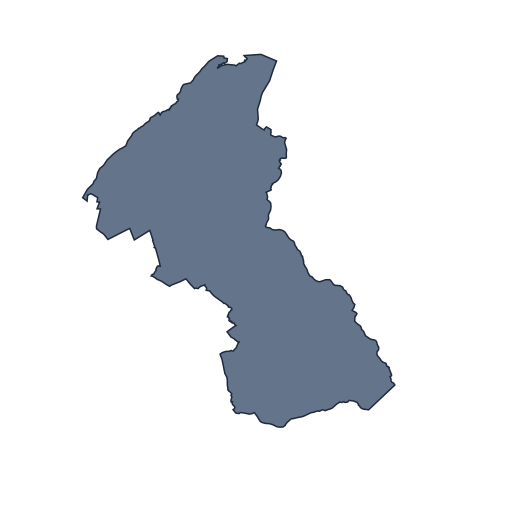 outline of Petricani, Neamt, Romania, rotated 328°
{"feature_id": "2599482B98903803240135", "entity_name": "Petricani", "entity_type": "district", "adm_level": 2, "iso_a3": "ROU", "parent_name": "Romania", "parent_adm1": "Neamt", "projection": "natural_earth1", "projection_center": [26.456, 47.138], "detail": "fine", "context": "isolated", "style": "filled", "palette": "slate", "viewbox_px": 512, "rotation_deg": 328, "n_neighbors": 0, "source": "geoboundaries", "source_scale": "gbopen_adm2", "svg_char_len": 6069}
<svg xmlns="http://www.w3.org/2000/svg" viewBox="0 0 512 512"><g transform="rotate(328 256 256)"><path d="M376.8,101.5L367.0,87.6L352.1,79.7L352.3,81.3L353.2,83.9L351.3,84.7L350.3,83.9L350.0,84.0L350.1,85.1L349.3,85.5L348.2,85.0L345.1,84.8L344.1,83.7L339.8,84.1L339.1,82.8L333.1,78.2L327.8,76.3L323.2,76.5L323.1,76.0L325.3,75.3L325.6,74.4L326.0,74.2L326.3,74.6L328.0,75.0L331.1,75.1L331.2,75.8L331.4,76.0L334.5,75.8L336.4,73.4L333.8,71.3L334.3,70.3L334.5,69.4L329.6,65.9L319.6,65.9L312.3,68.0L309.4,68.5L305.9,70.0L299.8,71.4L297.6,72.4L296.0,73.5L292.3,74.5L285.9,72.3L284.9,72.3L282.2,73.7L280.1,75.3L279.6,76.1L277.0,77.5L275.1,77.5L274.1,78.0L273.3,79.0L272.4,81.2L273.3,81.9L271.8,83.2L270.3,83.3L269.8,83.7L267.9,84.1L266.1,83.8L265.2,84.1L264.0,83.8L263.0,84.7L262.4,84.4L261.5,85.3L260.8,85.6L260.6,85.3L260.2,86.0L259.6,86.3L259.1,85.3L258.6,85.1L255.4,85.1L254.5,84.5L253.1,84.2L252.1,84.5L251.8,84.3L249.4,85.7L249.2,84.9L249.6,83.5L249.4,82.5L248.6,82.3L247.1,82.8L246.0,82.7L244.6,83.1L240.2,82.9L239.1,83.1L238.3,84.1L236.7,84.9L232.1,85.0L228.8,85.9L227.0,85.5L225.5,85.9L224.1,85.5L222.2,86.0L218.9,86.1L216.4,86.6L214.1,88.1L208.2,90.4L204.0,93.6L198.7,93.5L197.5,93.2L193.6,93.4L189.5,93.8L180.8,95.6L174.6,98.4L169.9,99.0L165.9,101.4L161.7,105.7L158.1,106.8L156.1,108.4L148.4,110.1L139.9,114.7L141.9,119.9L145.6,115.0L146.1,115.5L147.2,115.3L148.9,115.6L149.8,117.0L152.7,122.6L149.8,125.8L151.9,127.4L146.2,131.7L149.0,133.8L136.5,146.1L135.2,148.5L137.0,153.5L138.0,155.5L138.6,157.7L139.2,163.5L163.2,165.6L163.5,165.7L161.3,177.9L179.5,178.0L177.0,188.1L176.6,188.1L174.8,195.2L174.3,195.1L174.9,196.3L171.3,208.4L169.4,213.9L167.8,212.5L166.8,212.5L164.9,213.6L163.9,214.5L163.7,215.3L161.1,216.2L160.0,217.1L158.2,216.7L156.5,217.3L157.7,218.7L158.9,221.0L159.8,223.4L162.5,227.3L165.1,233.1L166.6,235.9L169.2,235.9L178.4,237.6L184.5,238.2L185.3,244.9L186.6,251.1L187.9,251.3L189.6,253.0L191.5,252.5L193.4,252.5L197.3,253.4L196.8,254.3L197.2,256.7L196.7,257.6L195.6,258.7L198.4,261.3L198.3,262.5L198.9,266.4L199.6,268.7L203.0,276.8L203.7,279.3L204.6,279.6L205.6,282.6L206.1,283.2L205.5,284.2L206.0,285.4L206.9,285.6L207.2,286.1L207.6,287.9L207.0,288.1L206.8,288.8L205.9,288.7L204.2,289.6L203.3,289.5L201.8,290.8L201.4,290.8L200.6,291.8L200.1,291.8L199.5,292.5L200.2,293.0L200.2,293.6L200.0,293.9L200.5,294.9L199.0,296.0L198.9,297.1L199.3,297.6L200.1,297.5L200.3,298.2L199.8,299.1L200.2,299.5L200.6,299.4L200.4,300.2L201.8,301.4L201.6,301.5L201.7,302.6L202.2,304.5L200.8,304.2L191.3,304.9L191.8,311.4L193.4,314.1L194.0,316.5L194.5,317.4L195.0,319.2L196.0,319.6L196.2,319.9L194.1,320.8L190.4,323.4L187.6,324.0L186.6,324.5L185.4,324.0L184.9,323.0L182.6,322.5L179.8,320.9L176.0,320.0L173.5,320.2L172.5,325.4L167.3,339.3L167.1,343.1L165.8,346.3L163.8,349.4L162.5,352.0L162.3,353.3L161.3,354.1L161.3,356.1L161.8,357.0L162.4,360.0L160.8,361.1L160.9,362.6L160.4,363.3L159.3,364.0L157.5,366.3L157.9,366.9L158.7,367.3L157.8,368.0L157.4,369.4L157.9,371.8L157.9,373.2L156.6,374.1L155.1,374.1L155.6,378.4L157.8,380.4L158.3,380.7L159.7,380.4L163.1,383.2L166.6,386.6L169.4,387.7L171.2,387.8L171.6,388.1L172.0,392.4L171.9,398.5L172.9,400.4L175.2,402.9L178.6,405.4L180.5,407.5L183.3,411.9L185.4,413.7L188.3,415.3L189.0,415.3L191.2,415.1L191.4,414.7L194.0,413.7L199.7,412.7L201.2,413.6L206.2,415.2L208.9,416.4L211.5,417.1L219.3,418.0L222.9,419.3L225.6,419.8L227.6,421.3L230.9,421.6L232.7,423.8L237.0,424.7L238.3,425.2L240.5,425.3L246.2,424.3L248.5,424.4L249.6,424.1L251.0,425.6L253.1,426.0L253.8,427.3L256.3,428.4L258.5,427.8L262.1,430.9L263.6,433.1L264.2,433.6L264.1,436.6L263.8,437.0L264.4,438.2L264.2,439.6L265.0,441.6L266.8,443.6L267.8,444.2L269.9,446.1L305.4,439.0L305.4,437.1L305.1,436.2L304.4,435.3L304.4,433.1L305.3,431.9L305.8,429.3L307.2,429.4L307.7,429.1L308.2,428.0L308.1,427.5L308.6,425.9L308.6,424.8L309.0,423.8L309.3,421.3L309.8,421.3L309.8,420.9L309.4,419.6L308.9,419.5L308.5,418.6L309.0,417.5L308.9,417.4L309.3,416.4L309.2,415.5L308.1,414.4L307.0,412.3L306.6,410.8L306.8,409.8L306.2,404.7L306.6,403.1L308.1,401.2L309.7,400.8L310.4,400.3L311.6,398.7L312.0,394.9L312.7,393.3L312.8,391.8L312.6,391.0L311.9,389.9L309.6,387.8L308.6,386.3L306.8,382.1L306.7,381.3L307.3,376.8L306.7,374.1L307.2,372.8L307.5,370.8L305.8,366.7L305.1,363.6L307.7,360.0L309.6,359.3L311.1,358.3L310.9,357.2L310.1,355.4L308.6,353.3L308.7,353.0L311.4,351.8L314.2,349.4L313.5,347.7L313.6,347.0L313.8,344.4L314.4,342.4L314.6,340.4L314.4,338.2L313.8,337.9L313.3,335.7L313.7,333.5L312.5,330.7L313.0,328.4L311.6,325.7L307.3,322.6L306.6,320.6L306.4,316.9L306.0,315.2L302.7,313.1L296.3,311.6L294.0,309.2L292.9,306.4L292.5,303.4L291.1,301.4L291.3,297.3L292.0,295.0L292.2,292.0L291.9,290.6L292.3,289.7L292.3,288.0L294.0,284.8L294.4,282.9L294.7,282.6L295.3,280.7L294.8,280.3L295.5,277.2L295.7,275.1L294.6,272.5L294.9,269.8L294.7,267.8L295.5,265.4L295.7,263.6L295.2,262.4L294.8,262.1L293.8,259.8L293.4,257.9L293.5,257.0L293.2,256.2L293.5,253.8L293.2,252.9L293.4,251.4L292.2,248.5L289.8,245.9L286.6,244.5L284.5,242.9L283.8,242.2L282.7,239.5L280.4,237.6L279.7,236.2L279.8,235.7L281.2,234.9L283.1,233.0L284.4,232.5L286.3,231.3L288.3,227.7L292.7,224.8L295.1,221.8L296.5,218.8L296.3,216.9L295.2,214.0L297.2,212.0L298.3,208.5L298.3,207.3L303.6,208.1L304.1,207.7L303.8,207.0L304.3,206.4L305.3,205.8L305.4,205.3L306.8,204.2L308.0,204.1L308.2,203.3L312.0,203.6L315.1,203.2L319.1,201.3L321.7,198.9L322.6,196.7L322.4,195.2L321.6,193.6L323.4,192.7L324.1,192.7L324.6,191.9L325.7,191.8L326.2,191.3L325.9,188.2L326.7,187.2L327.7,188.1L327.3,187.0L328.2,186.3L330.2,186.8L330.7,187.5L331.8,188.2L332.3,188.2L332.8,188.8L333.9,188.7L336.2,184.8L338.4,181.9L340.3,175.1L341.8,173.5L342.8,172.7L343.7,172.5L343.8,171.3L342.1,170.3L341.2,169.5L340.5,167.7L339.0,166.4L335.6,165.3L334.7,164.4L332.7,161.4L333.3,160.0L334.4,159.1L334.8,157.9L335.6,156.9L335.2,156.7L335.3,155.8L333.2,152.0L330.6,152.7L329.8,153.5L328.6,151.6L325.9,145.1L329.1,142.5L330.5,141.0L335.1,132.3L341.5,126.9L345.2,123.1L348.0,120.9L360.4,114.6L369.7,106.8L376.8,101.5Z" fill="#64748b" stroke="#1e293b" stroke-width="1.5"/></g></svg>